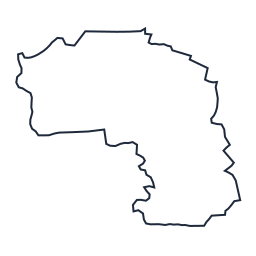 Saudades, Santa Catarina, Brazil, rotated 179°
{"feature_id": "56859067B63922458619483", "entity_name": "Saudades", "entity_type": "district", "adm_level": 2, "iso_a3": "BRA", "parent_name": "Brazil", "parent_adm1": "Santa Catarina", "projection": "albers", "projection_center": [-53.035, -26.888], "detail": "fine", "context": "isolated", "style": "outline", "palette": "slate", "viewbox_px": 256, "rotation_deg": 179, "n_neighbors": 0, "source": "geoboundaries", "source_scale": "gbopen_adm2", "svg_char_len": 1801}
<svg xmlns="http://www.w3.org/2000/svg" viewBox="0 0 256 256"><g transform="rotate(179 128 128)"><path d="M232.4,204.7L236.6,203.6L236.5,198.5L235.0,193.4L233.4,189.7L233.6,184.8L237.9,181.0L238.9,175.4L236.5,170.6L232.7,169.5L228.8,166.8L224.9,164.6L223.6,160.2L224.0,155.1L224.3,150.2L223.3,145.8L224.3,142.0L225.5,138.1L225.7,133.5L223.9,128.9L220.3,126.2L217.7,122.2L207.3,122.1L201.5,123.8L196.8,124.6L183.6,124.8L167.9,125.2L151.8,126.9L150.0,112.5L146.2,110.6L140.9,110.2L135.8,112.3L131.5,113.2L128.2,112.9L123.6,113.8L119.3,111.1L119.6,106.3L120.0,101.9L116.2,100.0L113.3,98.1L111.7,95.0L113.6,92.1L117.8,89.6L116.0,86.3L111.6,85.4L110.4,81.0L106.1,78.3L103.9,73.2L102.8,68.1L107.7,69.5L112.9,68.5L110.5,64.6L107.5,61.3L108.0,57.5L111.3,55.0L116.6,56.0L120.4,55.9L124.4,51.0L123.9,44.5L119.1,45.6L114.5,42.3L113.7,36.2L111.6,32.2L107.0,31.3L102.7,31.3L98.9,31.3L92.4,30.4L87.9,31.2L83.8,30.6L79.8,30.8L75.9,30.0L72.5,30.0L67.8,29.0L53.6,28.9L51.2,32.7L48.6,35.4L45.9,38.9L32.5,39.5L32.0,43.5L29.2,45.5L26.0,49.1L23.0,53.0L17.1,53.9L21.2,73.7L24.3,79.3L28.1,81.7L31.9,83.5L27.9,86.4L25.1,88.5L22.8,91.5L32.9,103.7L29.9,106.7L26.5,109.4L31.2,117.5L31.8,124.9L34.4,130.0L38.9,130.4L44.2,131.8L44.7,135.8L41.8,139.0L40.1,142.3L38.6,146.9L38.1,151.5L37.7,156.0L38.5,161.0L39.6,167.3L38.3,172.5L42.1,172.1L46.2,173.1L50.1,175.0L47.3,186.5L65.1,195.4L63.8,199.0L82.3,204.9L83.8,208.8L87.1,209.6L90.7,211.2L95.2,210.9L99.1,211.7L102.9,211.5L105.9,213.1L104.4,217.9L103.0,221.1L109.2,221.9L109.2,227.1L113.7,224.6L125.5,224.3L137.9,224.4L165.8,225.3L169.0,225.4L180.1,211.4L184.3,211.9L188.9,212.7L191.8,218.7L197.0,219.3L202.6,214.8L204.8,212.1L208.0,209.0L211.3,206.4L216.5,203.2L219.9,201.6L223.3,200.4L226.6,199.9L230.2,200.2L232.4,204.7Z" fill="none" stroke="#1e293b" stroke-width="2"/></g></svg>